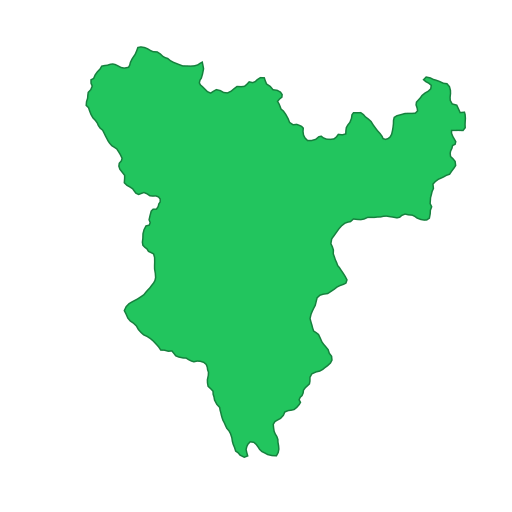 Ponto dos Volantes, Minas Gerais, Brazil, rotated 278°
{"feature_id": "56859067B62392836806132", "entity_name": "Ponto dos Volantes", "entity_type": "district", "adm_level": 2, "iso_a3": "BRA", "parent_name": "Brazil", "parent_adm1": "Minas Gerais", "projection": "albers", "projection_center": [-41.466, -16.842], "detail": "fine", "context": "isolated", "style": "filled", "palette": "green", "viewbox_px": 512, "rotation_deg": 278, "n_neighbors": 0, "source": "geoboundaries", "source_scale": "gbopen_adm2", "svg_char_len": 6027}
<svg xmlns="http://www.w3.org/2000/svg" viewBox="0 0 512 512"><g transform="rotate(278 256 256)"><path d="M56.6,267.9L55.1,272.4L56.9,275.6L59.8,274.3L63.0,273.1L66.0,273.4L68.5,274.2L71.2,276.1L71.2,279.8L69.4,282.5L66.8,285.0L65.0,286.5L63.2,289.0L62.1,292.3L61.0,295.2L60.6,299.7L61.0,304.0L64.4,305.3L67.9,305.5L71.1,304.8L74.8,303.6L77.3,303.2L80.0,301.8L82.6,299.7L85.0,298.3L88.0,297.4L91.7,296.5L94.7,297.8L96.4,299.9L98.6,302.9L102.1,305.3L105.5,306.2L107.4,309.4L108.3,312.6L109.3,315.1L111.7,317.4L115.0,319.5L117.3,320.4L119.6,318.7L122.2,319.4L124.2,321.0L126.9,321.7L129.8,321.7L132.5,323.2L134.4,324.8L136.8,326.7L139.6,326.8L143.4,326.3L147.1,327.7L149.6,331.7L150.9,335.1L153.0,337.9L154.9,339.6L157.3,342.1L160.4,344.6L163.5,345.7L167.2,344.8L169.9,342.1L173.2,340.5L176.0,337.5L178.0,335.2L180.1,333.2L183.7,331.0L187.0,328.8L188.5,326.1L189.7,323.5L192.5,322.1L195.0,321.1L197.8,319.8L201.6,318.2L206.0,318.6L209.5,319.5L212.3,320.4L215.3,321.5L219.2,321.9L223.1,322.3L226.1,324.8L227.6,328.0L228.8,332.2L231.5,335.3L234.0,338.1L236.6,340.6L238.4,343.2L240.2,346.7L241.7,348.8L245.0,349.4L248.1,347.2L251.3,344.5L253.9,342.1L256.1,340.2L257.9,338.2L260.4,336.9L263.4,335.0L266.1,333.7L268.9,332.2L272.7,331.8L275.8,330.3L278.7,328.4L283.6,328.6L287.5,330.7L291.6,332.8L294.8,334.5L297.8,336.5L300.9,339.5L302.4,342.4L303.2,344.8L306.2,347.3L306.3,351.1L306.6,354.7L307.7,357.9L309.8,361.2L310.7,367.8L311.6,371.1L312.0,373.8L313.1,376.7L313.7,379.6L313.6,382.7L313.6,386.0L313.4,390.3L314.4,392.9L316.5,394.7L318.3,397.8L318.0,401.0L318.2,405.1L317.3,407.8L316.0,410.2L315.1,414.1L315.0,417.7L315.5,420.1L317.6,422.4L322.1,422.6L325.6,422.3L329.2,423.1L332.2,421.1L335.6,420.9L338.0,420.7L341.2,421.1L344.5,421.4L347.6,422.3L351.8,421.2L354.7,423.2L357.3,425.8L358.9,428.4L360.4,430.7L362.4,433.3L363.9,436.3L367.2,437.9L370.6,439.8L373.4,441.1L377.4,440.0L379.7,437.5L381.6,434.8L384.7,434.0L387.0,434.1L389.9,435.0L392.8,435.3L394.3,437.6L397.0,437.9L399.5,436.0L401.8,434.2L404.8,432.5L407.6,432.2L408.1,435.8L408.6,438.8L409.1,443.5L412.1,445.3L415.4,444.7L418.6,444.4L421.4,444.2L425.1,443.4L427.4,442.4L426.4,438.2L429.6,436.2L433.3,433.8L433.9,429.1L437.1,426.7L440.1,426.1L443.9,426.0L447.0,425.5L450.6,424.0L453.2,421.1L453.1,417.6L454.5,413.0L455.2,409.5L455.5,407.0L456.6,403.8L456.9,399.6L453.9,397.4L452.3,399.9L451.2,403.0L449.4,405.8L445.9,405.8L443.2,403.7L440.9,400.7L438.1,398.1L435.4,396.7L433.2,395.2L430.7,393.5L427.9,393.5L424.9,395.0L422.2,395.8L419.6,393.9L418.9,390.6L418.4,386.9L417.8,383.6L416.2,380.0L414.5,376.0L412.5,373.6L409.4,373.3L406.0,373.7L402.6,373.8L399.1,373.7L395.5,373.4L392.6,372.3L390.7,370.5L389.5,368.1L389.9,365.5L392.0,364.2L394.4,361.9L397.0,358.8L399.4,356.4L402.3,353.6L405.2,351.2L407.3,348.1L409.1,344.8L410.9,342.8L412.5,339.8L411.9,336.2L411.4,332.6L409.2,331.4L405.6,331.4L401.4,330.4L398.5,328.7L395.7,327.6L392.7,327.6L389.4,327.9L388.0,324.6L387.9,320.6L385.0,319.0L382.8,316.9L381.9,313.7L381.5,309.7L382.4,306.1L383.7,303.9L382.8,301.6L379.8,298.9L378.0,294.8L377.5,291.0L379.8,288.0L382.4,286.2L385.9,285.2L389.2,285.0L390.7,283.1L391.4,280.7L392.0,278.0L391.1,274.5L392.9,270.7L396.4,268.7L400.3,265.8L403.3,263.0L405.0,260.3L407.1,259.2L409.7,257.7L412.1,255.8L414.8,257.5L416.9,259.5L419.5,259.4L421.7,257.4L423.0,253.9L423.0,249.7L425.9,246.5L427.8,242.5L431.3,240.5L433.6,239.4L433.2,235.5L430.7,232.6L428.6,231.0L427.2,228.6L427.5,225.0L424.8,223.1L422.4,221.0L421.6,217.8L421.2,213.6L418.7,211.1L415.8,208.5L413.5,205.1L413.4,201.1L414.8,197.7L415.2,193.6L413.1,190.8L411.0,188.4L412.0,185.0L414.1,182.2L416.2,179.4L417.6,177.2L419.5,175.8L422.2,176.0L424.6,177.1L428.8,177.7L434.1,178.0L437.1,177.0L440.5,175.8L438.9,173.7L437.1,171.7L435.7,168.5L434.9,164.8L434.5,160.9L434.0,157.0L434.9,153.0L435.7,149.7L436.3,147.2L437.6,143.8L439.3,141.1L439.8,138.3L440.8,135.8L442.7,133.2L444.3,129.8L444.0,125.5L444.8,122.8L446.1,119.8L446.9,116.7L447.0,112.9L446.0,110.0L442.6,109.3L438.9,108.3L436.1,106.9L433.7,105.8L430.3,104.7L427.4,104.4L425.1,103.5L423.7,99.4L423.9,96.1L425.1,92.7L426.0,89.9L426.2,87.4L425.5,84.9L424.2,82.3L423.5,79.5L422.5,76.8L419.5,75.6L416.5,73.4L413.1,71.6L409.2,70.5L407.5,68.1L404.1,68.6L401.5,70.2L397.6,69.2L394.7,67.1L392.0,67.1L388.8,67.3L385.2,66.7L381.5,66.9L379.6,69.5L376.8,70.9L373.2,72.9L370.1,75.3L367.9,78.1L365.5,80.4L363.3,81.7L360.9,83.9L359.3,86.6L356.7,88.4L353.7,90.4L351.8,91.8L349.4,93.5L347.6,95.1L345.2,97.8L344.0,100.5L342.7,103.2L340.4,105.2L337.6,107.5L334.1,109.8L331.4,109.4L328.8,107.7L325.9,107.7L323.0,109.1L320.2,112.0L317.6,114.7L314.7,115.1L310.2,115.4L308.0,118.4L306.9,121.3L305.4,124.5L303.6,126.2L301.5,128.3L300.6,131.2L302.0,133.7L303.3,136.2L302.4,139.5L300.9,142.5L301.0,145.5L301.6,148.5L300.9,151.3L299.1,153.2L296.2,153.6L294.0,152.5L291.5,152.3L288.5,150.9L288.0,147.6L285.9,146.0L280.8,145.4L277.0,145.1L274.3,146.6L271.7,146.0L270.5,142.9L266.5,141.5L262.3,141.0L257.9,141.5L253.8,141.6L250.9,142.5L249.1,144.8L247.9,147.0L245.6,148.9L244.8,151.5L243.8,154.3L240.4,155.8L236.0,156.5L232.3,156.9L229.0,157.4L224.9,158.7L220.7,159.6L217.8,159.4L215.3,158.5L212.2,156.7L209.6,155.3L207.3,153.6L205.0,152.1L202.1,150.4L199.6,147.7L196.8,144.5L194.8,141.7L193.2,139.5L191.1,136.9L187.8,134.5L183.6,133.2L180.6,135.3L176.6,137.8L174.1,140.6L172.4,144.1L170.1,147.3L166.8,149.8L164.2,152.9L162.3,155.7L161.2,159.4L159.7,162.6L157.6,166.0L155.1,169.1L152.4,172.3L149.6,174.8L150.0,178.3L149.5,182.5L150.3,185.9L148.0,188.4L146.0,190.4L145.2,193.6L144.9,198.0L145.2,201.1L144.1,203.4L143.0,206.7L142.6,209.2L143.8,212.4L144.0,215.5L143.4,219.1L141.7,221.8L139.2,223.2L136.7,223.9L134.3,225.1L131.1,225.4L126.7,225.1L123.7,225.6L120.3,226.7L118.2,229.7L116.1,232.3L113.1,232.8L110.7,234.0L107.6,235.0L103.6,237.9L101.0,241.1L98.4,241.9L96.1,242.9L93.7,243.8L91.4,244.8L88.8,246.1L86.5,247.8L83.7,249.5L81.3,251.1L79.1,253.6L76.5,255.5L72.6,257.4L69.2,258.4L66.4,259.6L63.2,261.5L60.0,263.0L58.5,265.9L56.6,267.9Z" fill="#22c55e" stroke="#15803d" stroke-width="1.5"/></g></svg>